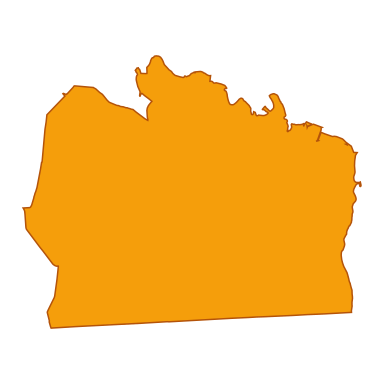 Limanu, Constanta, Romania
{"feature_id": "2599482B33389686474372", "entity_name": "Limanu", "entity_type": "district", "adm_level": 2, "iso_a3": "ROU", "parent_name": "Romania", "parent_adm1": "Constanta", "projection": "mercator", "projection_center": [28.522, 43.777], "detail": "fine", "context": "isolated", "style": "filled", "palette": "amber", "viewbox_px": 384, "rotation_deg": 0, "n_neighbors": 0, "source": "geoboundaries", "source_scale": "gbopen_adm2", "svg_char_len": 5848}
<svg xmlns="http://www.w3.org/2000/svg" viewBox="0 0 384 384"><path d="M51.1,328.1L75.7,326.6L142.0,323.2L158.8,322.2L167.1,321.7L169.1,321.8L231.1,318.3L248.1,317.5L256.5,317.0L265.0,316.7L293.6,315.4L307.2,314.6L324.2,313.9L351.5,312.4L351.4,310.8L352.1,306.1L352.0,304.7L352.0,302.1L352.5,298.4L352.4,296.2L352.1,294.1L352.0,290.2L351.2,287.7L350.4,284.6L350.1,283.2L349.6,282.3L349.1,280.7L348.7,278.7L347.6,274.6L347.0,272.6L343.8,266.5L342.6,263.1L341.7,259.6L341.2,255.3L341.3,253.3L341.5,252.0L341.9,251.1L343.0,250.0L344.4,246.1L344.6,245.0L344.7,244.1L344.5,243.0L343.9,240.3L343.9,239.3L344.0,238.7L345.9,235.1L346.5,234.4L346.6,233.9L346.6,232.7L346.9,230.9L347.7,228.9L348.0,228.6L348.5,227.2L349.4,225.7L349.8,225.6L350.0,225.2L351.0,223.2L351.5,222.0L351.5,221.0L351.8,220.2L351.9,217.3L352.1,216.3L352.2,214.0L352.4,213.5L352.7,212.7L352.9,212.0L352.9,211.0L352.3,207.7L352.3,206.6L353.2,203.8L355.5,201.1L355.9,200.2L356.1,199.3L356.0,198.2L355.7,197.0L355.1,195.5L353.6,192.5L353.4,191.5L353.6,190.1L353.9,189.0L354.8,187.1L356.1,184.7L357.2,183.8L357.8,183.6L359.1,183.8L359.6,183.9L359.8,184.2L359.9,185.0L360.0,185.5L359.7,185.7L359.9,186.3L360.3,186.5L361.0,185.9L360.9,184.5L360.3,182.0L359.5,182.4L358.1,182.5L355.9,182.3L355.5,182.1L354.3,180.7L354.1,180.2L353.8,178.6L353.7,177.4L353.9,176.0L354.4,174.7L354.9,172.9L355.0,171.9L354.5,165.8L354.7,160.9L355.5,155.3L357.2,152.6L353.7,152.4L351.3,146.2L347.3,143.3L346.7,144.2L346.9,144.7L345.9,144.2L346.5,144.1L347.1,143.1L346.1,142.4L343.2,139.5L342.2,138.8L336.5,136.6L334.4,136.3L332.4,136.5L324.9,133.9L321.0,132.3L318.1,140.1L318.3,140.4L318.6,140.6L316.1,141.3L317.2,140.6L317.7,139.6L321.1,130.0L321.2,127.8L322.1,127.4L314.0,124.4L313.1,124.2L308.0,126.4L307.4,126.8L307.2,127.3L307.0,125.8L307.3,126.2L307.7,126.2L311.6,124.5L311.5,124.2L311.0,124.1L311.1,123.8L309.5,123.2L306.8,122.0L306.7,121.9L306.4,121.9L305.5,123.3L304.3,124.7L303.8,125.8L303.6,125.6L304.5,124.1L304.0,123.5L302.2,124.3L299.9,124.7L298.7,124.6L295.9,124.8L294.1,124.2L293.2,124.3L292.1,123.9L291.7,123.9L291.3,124.5L291.3,125.0L291.6,126.4L291.6,127.7L290.4,130.0L289.9,130.4L289.0,130.5L288.6,131.2L288.2,131.5L287.7,131.6L287.3,131.3L287.2,130.8L287.6,129.7L287.7,128.2L287.8,127.4L288.1,126.8L288.1,126.4L287.9,125.3L286.9,122.9L286.8,122.5L287.3,121.5L287.4,121.1L287.2,120.4L286.9,120.0L286.0,119.3L285.0,119.2L284.2,118.6L284.0,117.9L284.3,116.9L285.2,116.4L285.4,116.1L285.7,115.6L285.7,114.8L285.0,112.5L284.8,111.6L284.1,108.7L282.6,104.9L282.3,104.3L281.1,103.0L280.8,101.9L280.0,101.1L279.4,99.5L278.7,98.3L278.5,97.5L278.0,96.4L277.3,95.3L276.3,94.7L274.0,93.7L273.0,93.8L270.9,94.5L269.4,95.6L269.3,95.8L270.2,97.7L270.9,98.6L272.2,100.9L273.1,102.7L273.4,103.8L273.7,105.2L273.7,107.4L273.5,108.0L273.1,108.7L271.3,110.5L270.3,111.2L270.1,111.2L269.6,111.0L268.7,110.2L267.6,109.1L266.2,107.9L265.5,106.9L265.4,106.5L265.2,106.4L264.8,106.5L262.4,109.3L262.5,109.6L263.1,109.5L263.8,109.8L264.9,110.4L266.1,111.6L267.4,112.1L268.1,112.8L268.0,113.4L266.7,114.5L265.0,115.3L263.3,115.6L258.5,115.1L257.9,115.6L256.9,115.8L256.2,115.2L255.8,114.3L255.5,113.1L255.2,112.4L253.7,111.7L253.3,113.6L253.0,114.3L252.7,114.6L251.9,114.6L251.5,114.3L250.7,111.3L250.8,108.5L250.4,107.5L249.8,106.8L249.1,105.5L245.9,102.3L245.5,101.7L244.3,101.1L243.3,99.9L242.9,99.0L242.3,98.5L241.4,98.2L240.6,98.3L239.0,99.4L238.7,99.9L236.4,102.4L234.6,103.9L233.5,104.6L232.2,104.8L230.8,104.6L230.2,104.4L229.5,103.5L228.7,101.8L227.9,99.1L227.3,96.2L227.1,94.3L226.5,92.3L226.0,91.2L224.5,90.4L224.3,89.9L224.5,89.1L224.9,88.8L225.3,88.5L226.0,88.6L226.7,88.1L225.6,86.4L224.7,85.4L221.2,84.0L216.2,82.8L214.7,83.1L214.0,83.1L213.4,82.7L212.4,81.6L211.1,81.2L209.9,81.3L210.6,75.6L209.6,75.7L208.3,75.4L207.2,74.9L204.6,73.1L204.1,73.1L203.3,72.7L202.9,72.2L200.9,71.5L199.7,71.5L195.5,71.9L195.1,72.7L194.8,72.7L194.6,72.1L194.2,72.1L192.9,72.9L191.2,73.6L189.5,75.5L188.8,75.8L187.8,76.1L186.8,76.6L186.3,76.7L185.1,76.0L184.6,76.1L184.0,77.2L183.7,77.4L183.1,77.5L179.9,76.8L175.5,75.5L174.8,75.2L172.9,73.5L171.8,72.1L171.6,71.6L168.9,69.7L168.6,69.3L166.9,67.4L165.2,65.6L164.5,64.8L164.1,64.1L163.0,61.2L162.0,59.2L160.6,57.3L159.7,56.7L158.8,56.2L156.3,55.9L154.8,56.1L154.2,56.4L153.7,57.3L153.4,57.6L152.5,57.7L152.0,58.1L151.6,58.6L150.6,60.7L150.5,61.7L149.4,64.4L148.2,66.0L147.0,67.2L146.8,67.6L147.0,71.8L146.9,73.5L145.7,73.6L140.9,73.4L139.8,69.9L139.5,69.3L138.6,68.7L138.3,67.8L136.9,68.1L136.7,68.6L135.5,70.0L135.3,70.5L135.8,70.9L135.9,71.3L135.9,71.8L137.1,73.3L137.5,74.4L137.4,74.9L136.8,75.6L136.4,76.8L136.3,77.7L136.2,79.3L136.4,80.8L137.8,86.5L140.0,91.5L140.1,92.4L139.9,93.1L139.9,93.8L139.7,94.8L139.6,95.4L139.8,96.1L140.1,96.1L140.4,95.2L141.3,93.7L141.6,93.4L142.1,93.5L144.8,95.8L148.3,98.4L151.9,101.3L149.8,103.8L148.5,105.5L147.3,108.0L146.9,110.4L147.3,116.9L147.9,119.9L147.8,120.4L145.0,118.8L136.1,112.1L133.0,109.5L131.0,109.1L129.8,108.6L128.5,108.3L127.3,107.8L125.8,107.7L123.3,106.8L120.6,106.5L118.6,105.6L116.8,105.4L109.3,102.3L107.2,100.3L103.2,95.3L102.2,94.2L99.7,92.5L95.8,88.9L94.1,88.0L93.4,87.5L76.3,86.0L74.4,85.9L74.1,86.0L73.1,87.4L67.2,93.8L66.9,93.8L66.2,94.5L64.0,93.6L63.3,93.4L62.9,93.7L64.9,96.1L46.9,114.8L46.1,122.2L45.0,129.3L42.1,161.8L42.0,162.1L41.6,162.3L40.5,169.2L37.3,185.9L37.2,186.2L37.1,187.1L35.8,191.4L35.0,193.4L34.4,195.7L34.1,196.3L33.7,198.3L31.7,205.0L30.6,207.0L30.3,207.3L29.7,207.6L23.1,208.0L23.7,209.0L24.2,209.9L24.7,211.4L25.0,214.3L25.9,227.1L26.0,227.9L26.4,229.2L27.2,230.3L39.8,247.1L41.6,249.4L42.4,250.3L52.7,263.9L53.4,264.6L55.1,265.7L56.6,266.2L57.2,266.2L58.1,266.0L58.3,266.3L58.3,266.7L57.9,270.9L57.0,279.3L54.7,296.1L54.2,297.7L48.5,309.3L47.4,311.7L47.3,312.2L47.3,312.6L49.3,320.6L49.4,320.9L49.2,321.9L50.5,326.5L51.1,328.1Z" fill="#f59e0b" stroke="#b45309" stroke-width="1.5"/></svg>